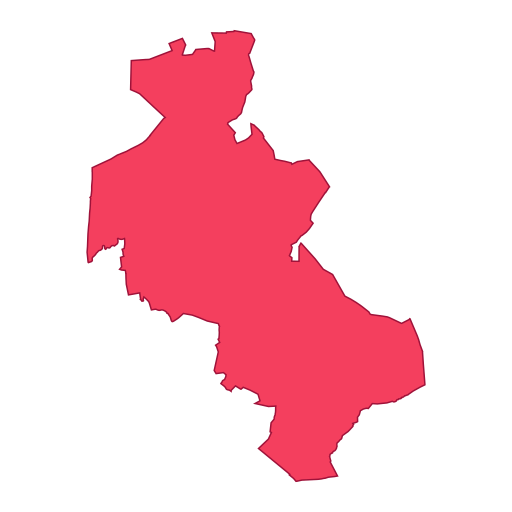 outline of Ciblas pag., Ciblas, Latvia
{"feature_id": "27541924B77799225561415", "entity_name": "Ciblas pag.", "entity_type": "district", "adm_level": 2, "iso_a3": "LVA", "parent_name": "Latvia", "parent_adm1": "Ciblas", "projection": "albers", "projection_center": [27.918, 56.534], "detail": "fine", "context": "isolated", "style": "filled", "palette": "rose", "viewbox_px": 512, "rotation_deg": 0, "n_neighbors": 0, "source": "geoboundaries", "source_scale": "gbopen_adm2", "svg_char_len": 5912}
<svg xmlns="http://www.w3.org/2000/svg" viewBox="0 0 512 512"><path d="M131.3,60.6L130.6,89.6L136.4,92.1L139.6,93.7L153.7,106.9L165.2,117.5L163.7,118.5L150.4,134.9L150.5,134.9L150.5,135.3L148.1,137.8L146.5,139.7L142.7,142.8L138.2,145.4L131.4,148.7L126.5,151.4L117.3,155.1L110.8,159.1L92.2,167.7L92.2,171.7L92.3,172.3L92.3,179.2L91.7,186.2L91.7,190.6L91.1,196.1L90.0,197.5L90.6,198.3L90.6,198.9L90.4,201.4L90.4,203.0L90.1,208.4L89.6,213.1L89.2,221.1L88.6,226.3L88.0,233.7L87.5,246.6L87.1,252.2L88.1,262.2L88.4,262.6L91.4,261.6L91.7,261.4L92.1,260.9L92.3,260.6L92.3,260.1L92.2,258.1L92.4,257.7L93.0,256.9L93.8,256.3L95.2,254.9L95.7,254.3L96.1,253.5L96.5,253.0L97.3,252.3L98.6,250.8L98.9,250.6L100.3,250.3L101.5,249.5L102.2,248.7L102.5,248.1L102.5,246.7L102.6,246.1L102.7,245.9L103.0,245.7L103.8,245.5L104.3,245.8L104.6,246.5L104.8,248.5L105.2,249.1L105.6,249.3L106.1,248.9L106.4,248.2L106.6,247.9L107.4,247.6L108.9,247.9L109.6,247.9L110.2,247.5L110.7,246.7L111.7,245.8L112.3,245.6L113.6,245.5L114.2,246.0L114.5,246.0L115.4,245.2L116.8,244.2L117.4,243.6L118.0,242.1L118.0,241.6L118.0,240.9L117.7,239.6L117.6,238.9L117.6,238.6L117.9,238.4L118.2,238.4L119.3,239.0L120.6,239.3L121.8,239.4L123.0,239.1L124.5,238.5L124.6,239.1L124.8,243.8L124.2,248.5L122.1,249.3L123.0,252.0L123.1,254.3L123.8,256.3L120.5,257.4L121.6,266.9L119.6,269.3L121.5,270.0L125.3,270.4L125.6,271.7L125.8,273.6L126.0,273.8L125.9,273.9L126.0,278.4L126.3,284.3L128.5,294.9L139.7,292.9L140.6,299.3L140.4,299.5L141.3,300.2L141.8,301.1L142.0,301.2L143.4,300.9L143.5,300.6L143.2,299.4L143.2,299.0L143.9,297.0L146.0,298.8L148.6,301.5L149.2,302.6L151.4,309.9L155.3,309.2L156.1,309.3L157.7,310.0L158.9,310.3L159.9,310.3L161.5,309.9L162.8,310.0L163.8,310.4L164.8,310.9L166.6,312.2L166.8,312.5L166.9,313.2L167.5,313.5L168.0,313.5L169.0,315.2L170.2,316.9L171.3,320.5L171.8,321.3L172.2,321.6L172.6,321.6L173.7,321.1L177.4,318.7L178.7,317.7L183.4,313.5L192.3,315.1L198.5,317.4L207.2,321.0L218.4,323.6L218.8,324.9L218.9,325.4L219.3,325.7L219.3,326.0L219.5,326.3L219.5,326.5L219.3,326.6L219.1,329.9L219.3,332.4L219.2,335.2L218.9,338.6L218.1,339.2L219.7,342.4L215.6,345.2L216.6,346.7L218.3,351.9L214.2,370.5L216.1,373.6L223.4,372.6L226.0,374.7L225.8,376.7L225.0,378.5L224.8,379.1L224.4,379.6L222.7,380.6L222.3,381.2L221.9,382.2L221.2,383.0L220.9,383.6L223.9,385.9L225.4,387.4L226.1,388.8L226.7,389.4L227.4,389.7L229.5,390.2L231.1,391.3L231.1,390.4L235.5,385.9L240.6,389.1L241.2,389.1L243.2,387.3L250.0,390.1L258.0,394.2L258.7,396.5L260.0,400.8L255.1,403.5L268.5,406.5L275.8,406.1L275.6,408.2L275.7,409.2L275.6,409.8L275.6,411.1L275.4,413.0L275.2,413.8L275.2,414.4L275.2,414.8L274.6,416.0L274.4,416.6L274.2,417.4L274.2,418.8L274.1,419.2L273.6,419.8L271.1,422.8L270.1,431.8L271.4,432.5L268.4,439.1L258.5,448.5L289.8,474.3L289.3,474.9L293.2,478.1L294.0,478.9L296.0,481.3L297.0,481.2L301.9,480.1L318.0,479.3L321.4,478.9L323.6,478.4L325.2,478.2L328.4,477.2L334.7,476.5L337.5,476.0L330.2,462.0L330.2,461.9L330.5,461.7L330.8,461.0L330.1,458.6L329.8,457.4L329.7,456.7L329.8,456.1L329.7,456.1L329.9,455.5L329.9,454.8L330.1,454.3L330.6,453.9L331.3,453.5L331.6,453.1L332.1,453.1L332.5,452.9L332.6,452.4L333.0,451.8L333.3,451.4L334.6,450.8L335.1,450.4L335.6,449.8L336.4,448.5L336.7,447.1L337.0,446.5L336.8,443.9L337.2,442.8L338.5,441.7L340.2,439.7L341.4,438.9L341.7,438.3L342.4,435.6L348.1,431.5L350.4,429.1L352.9,426.4L352.8,425.5L353.6,424.5L352.8,423.4L356.0,422.4L357.3,421.8L357.6,421.6L357.5,417.2L359.3,414.8L360.4,410.7L363.4,409.0L366.1,408.3L367.5,408.3L368.3,408.5L372.3,403.6L377.3,403.9L386.9,402.9L392.1,401.4L392.6,401.4L393.4,401.8L394.0,401.9L395.0,401.7L396.4,400.9L396.7,400.1L397.0,399.7L398.2,399.6L398.5,398.9L398.8,398.8L399.8,398.9L400.1,398.6L400.3,398.5L400.5,398.6L400.8,398.6L401.1,398.4L401.5,397.5L401.7,397.4L402.0,397.6L402.5,397.2L403.4,397.0L404.3,396.2L404.7,395.7L405.1,395.8L405.7,395.7L406.0,395.4L406.5,395.2L407.9,394.9L408.2,394.5L413.2,391.0L420.2,387.1L424.9,384.8L424.9,384.4L423.3,363.8L422.5,352.1L422.6,351.6L420.0,344.6L418.7,339.9L417.3,336.0L410.0,318.8L409.8,318.7L409.5,319.1L409.0,319.6L401.8,323.3L401.3,323.3L389.5,317.7L387.3,316.9L382.5,316.1L371.2,314.6L369.9,313.9L368.9,312.0L362.3,306.8L360.7,305.6L356.2,302.5L350.8,299.2L345.0,296.2L344.8,296.0L332.6,274.5L323.3,269.3L315.1,258.8L301.1,243.2L300.9,243.1L299.0,246.7L299.1,246.9L299.0,261.3L291.7,261.2L291.9,257.7L289.7,256.0L289.4,255.7L291.2,251.5L292.1,247.3L291.3,245.9L291.1,245.0L291.9,244.4L296.3,242.2L297.7,240.0L300.3,236.8L300.6,236.2L302.2,235.3L306.2,232.2L309.4,228.6L313.1,223.2L310.4,220.3L310.7,216.3L311.2,214.1L312.8,211.4L318.3,202.9L325.3,192.5L325.6,192.6L329.3,186.9L329.5,186.8L319.8,171.7L309.0,160.1L309.0,159.9L297.4,161.6L291.9,164.3L291.3,162.9L291.0,162.9L284.8,161.3L280.5,160.5L274.8,159.2L274.2,155.5L273.2,150.6L263.4,138.0L263.9,136.7L262.4,133.7L261.7,132.5L260.1,131.2L259.0,129.8L254.5,125.6L254.4,125.3L250.9,123.7L251.1,126.8L252.0,134.3L248.6,137.9L245.5,140.0L237.0,143.5L234.9,139.7L233.8,135.2L235.3,132.7L227.6,124.2L227.8,123.9L227.8,122.9L228.1,122.6L228.6,122.2L232.5,119.8L234.7,119.1L235.7,118.7L236.3,118.4L236.8,117.9L237.4,116.9L238.6,115.6L240.7,113.8L241.5,112.5L242.0,110.0L242.6,107.5L244.8,102.0L245.4,98.6L245.7,96.5L246.3,95.1L246.7,94.4L247.5,94.0L248.9,92.8L251.7,89.8L251.9,89.4L251.9,89.0L251.5,87.2L251.6,86.1L250.7,81.5L250.7,80.4L252.0,78.2L252.3,77.2L253.5,74.5L253.9,72.5L253.9,71.9L253.3,70.8L250.8,62.8L249.1,56.8L248.6,55.5L248.6,54.1L248.8,53.7L249.2,53.4L249.7,53.3L254.2,41.6L254.7,40.1L254.6,39.6L254.4,39.1L254.0,38.7L252.2,35.5L251.2,33.6L234.2,30.7L233.9,31.5L226.5,31.9L226.3,33.1L211.8,32.9L215.2,41.6L214.5,51.1L213.7,51.0L208.8,48.5L208.5,48.7L207.3,48.5L195.8,49.5L195.5,50.1L192.8,54.0L192.5,54.4L185.4,55.3L182.4,55.1L182.3,54.8L185.1,46.2L185.7,45.0L182.4,38.4L169.1,43.5L172.1,50.6L149.3,59.4L144.9,59.6L131.3,60.6Z" fill="#f43f5e" stroke="#9f1239" stroke-width="1.5"/></svg>